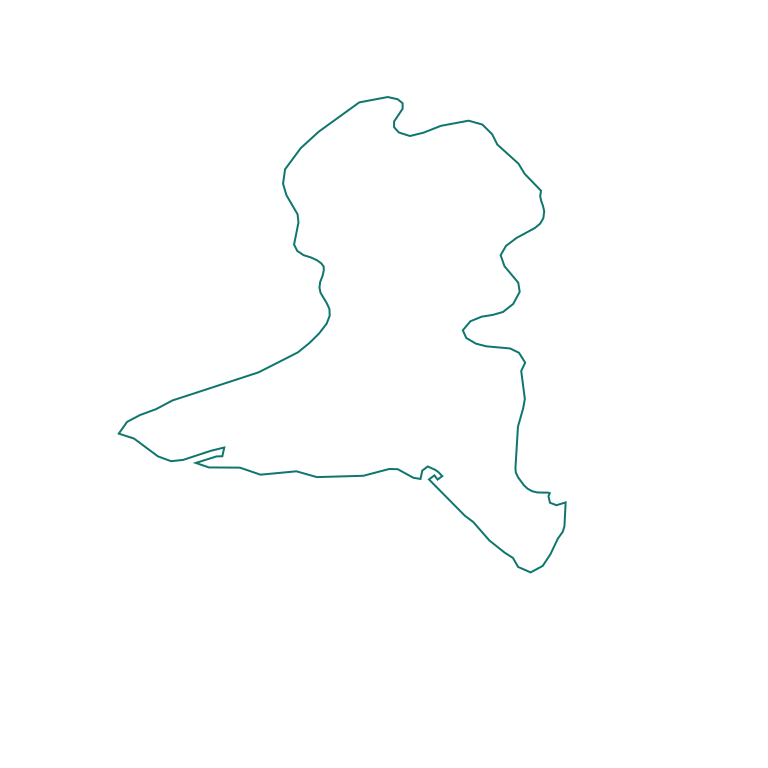 outline of Nam Định, rotated 53°
{"feature_id": "VNM-468", "entity_name": "Nam Định", "entity_type": "Province", "adm_level": 1, "iso_a3": "VNM", "parent_name": "Vietnam", "parent_adm1": "", "projection": "natural_earth1", "projection_center": [106.247, 20.228], "detail": "fine", "context": "isolated", "style": "outline", "palette": "teal", "viewbox_px": 768, "rotation_deg": 53, "n_neighbors": 0, "source": "natural_earth", "source_scale": "10m", "svg_char_len": 1749}
<svg xmlns="http://www.w3.org/2000/svg" viewBox="0 0 768 768"><g transform="rotate(53 384 384)"><path d="M571.0,317.3L572.5,320.1L578.7,322.9L584.6,319.2L587.9,310.2L606.3,325.6L609.6,330.2L612.1,338.2L620.1,353.5L624.8,366.8L622.7,380.3L610.8,387.0L600.5,385.7L591.4,389.1L572.5,394.0L547.9,395.8L537.9,398.7L487.3,405.5L487.3,398.7L492.6,398.7L492.6,392.9L487.1,393.6L483.5,394.7L476.2,398.7L476.2,405.5L481.8,412.0L476.5,417.0L460.3,424.3L455.0,431.0L444.9,455.7L417.9,493.7L401.0,506.5L382.1,537.2L364.1,549.4L345.3,574.0L333.8,581.8L341.0,561.4L344.4,556.6L338.6,549.8L333.0,562.8L323.7,590.2L317.5,600.5L305.7,608.1L277.1,616.5L264.0,625.7L259.6,611.9L262.0,597.3L266.9,581.2L269.8,562.9L299.2,477.1L306.9,433.8L306.4,419.0L304.6,405.5L301.3,393.5L296.8,386.3L291.4,382.5L285.2,381.1L273.0,379.8L268.3,377.6L264.3,373.8L260.3,367.5L256.9,363.6L253.9,361.5L249.8,361.5L244.9,363.0L239.1,366.1L232.7,370.7L225.5,373.2L218.5,371.9L203.6,355.2L196.5,350.9L174.5,348.3L163.3,344.1L153.0,333.8L145.5,308.5L143.2,284.0L144.2,234.3L157.0,208.4L164.8,201.7L171.0,200.2L175.4,203.5L180.4,217.9L184.9,221.4L192.0,220.8L201.5,214.1L207.0,201.4L212.1,183.1L224.6,158.0L236.0,149.3L249.6,147.3L260.9,149.4L289.1,144.0L300.8,145.2L324.1,142.3L328.1,146.3L332.7,148.4L337.6,149.9L342.6,152.2L347.5,157.0L349.9,162.8L350.2,169.5L347.1,190.3L347.1,203.4L351.3,213.3L362.4,216.9L383.9,215.8L392.1,220.2L397.8,232.6L398.1,245.6L394.2,255.7L389.0,265.5L385.9,277.2L388.5,288.7L396.8,290.6L407.1,286.3L415.5,279.6L431.5,261.9L440.3,257.4L451.9,258.4L456.2,266.6L480.7,280.5L487.1,287.4L498.7,302.7L530.1,329.5L534.0,332.0L539.3,333.1L549.3,333.2L554.1,332.3L558.8,330.2L563.0,326.7L569.7,318.1L571.0,317.3Z" fill="none" stroke="#0f766e" stroke-width="2"/></g></svg>